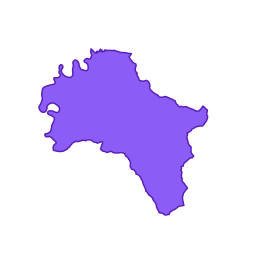 Darlos, Sibiu, Romania, rotated 130°
{"feature_id": "2599482B31956564735352", "entity_name": "Darlos", "entity_type": "district", "adm_level": 2, "iso_a3": "ROU", "parent_name": "Romania", "parent_adm1": "Sibiu", "projection": "orthographic", "projection_center": [24.398, 46.22], "detail": "fine", "context": "isolated", "style": "filled", "palette": "violet", "viewbox_px": 256, "rotation_deg": 130, "n_neighbors": 0, "source": "geoboundaries", "source_scale": "gbopen_adm2", "svg_char_len": 5831}
<svg xmlns="http://www.w3.org/2000/svg" viewBox="0 0 256 256"><g transform="rotate(130 128 128)"><path d="M193.0,170.8L192.5,169.6L190.6,166.2L189.5,164.7L187.6,162.9L185.5,161.8L183.9,161.4L183.3,161.0L182.2,161.2L180.9,160.7L179.8,160.7L178.4,160.9L176.6,160.7L175.4,161.0L174.1,160.5L173.8,160.1L172.0,159.7L171.2,158.3L169.9,157.0L168.7,156.5L167.9,155.6L167.1,155.5L166.7,155.0L166.2,154.4L165.1,153.3L165.0,152.2L164.9,152.1L163.4,151.7L162.8,151.1L161.7,149.7L161.2,148.8L161.0,148.2L160.7,145.2L159.5,142.9L159.3,141.7L155.7,139.7L155.0,138.8L155.9,137.7L158.8,136.9L159.7,136.2L160.5,136.0L161.9,135.2L161.9,132.3L160.9,130.8L160.3,128.5L158.9,127.4L157.6,126.7L156.9,126.1L156.5,125.2L156.3,123.5L155.8,122.5L153.5,119.5L151.0,117.2L150.2,115.7L149.9,114.9L149.8,114.4L150.4,112.7L151.0,111.6L150.8,110.0L150.8,108.8L151.0,108.2L151.6,107.4L151.6,106.5L151.8,105.8L152.2,105.2L152.6,104.2L154.0,103.1L154.6,102.5L156.0,101.7L156.2,101.3L157.1,99.0L157.1,98.4L156.3,96.7L156.7,94.0L158.1,92.1L157.3,90.3L157.3,88.7L157.7,86.9L158.8,84.6L159.2,83.0L159.9,82.1L160.5,81.1L161.1,80.4L163.3,75.7L163.8,75.1L164.2,74.3L164.8,74.0L164.8,72.1L166.0,68.9L165.5,67.2L165.8,66.0L165.8,64.0L166.2,63.4L166.7,63.1L167.2,61.5L167.5,59.6L168.9,56.6L170.0,55.6L170.5,54.8L171.6,52.2L171.7,51.7L172.7,50.0L172.6,49.1L172.3,48.4L171.3,47.6L171.1,47.3L171.0,44.7L170.7,43.4L169.6,42.6L169.1,42.1L167.8,41.0L166.9,41.2L165.6,41.9L163.9,41.1L162.3,41.0L160.2,39.8L155.5,38.7L154.6,38.2L153.7,37.6L152.7,36.4L151.4,35.5L150.8,36.4L149.2,38.1L148.2,39.7L146.1,41.7L142.5,43.5L138.2,44.0L136.6,43.6L136.1,43.7L135.7,44.3L135.4,44.9L135.1,47.1L134.5,48.6L134.0,52.2L133.7,52.9L132.0,53.8L131.8,54.0L131.5,55.1L130.7,56.1L127.0,58.5L126.5,60.3L125.1,60.6L123.9,61.9L123.7,62.3L122.9,62.3L122.4,62.0L122.1,61.3L121.9,61.3L120.5,61.9L118.4,62.5L116.3,61.9L111.6,61.3L111.5,61.1L110.7,60.8L109.5,59.8L107.4,59.6L106.6,62.8L106.2,64.0L103.9,66.0L102.3,67.2L102.1,67.5L101.7,68.4L102.0,69.5L101.7,70.2L100.7,72.2L98.8,75.0L98.1,75.7L97.5,76.9L96.3,77.6L95.0,77.9L93.8,79.5L92.4,78.7L91.1,78.6L89.2,77.9L88.2,78.3L87.4,78.2L85.3,77.2L84.7,77.2L84.1,76.9L83.4,76.8L81.8,75.3L80.4,74.4L78.5,72.3L78.0,72.1L74.0,72.4L73.2,72.3L71.4,72.7L69.7,73.4L68.3,74.2L67.8,74.6L67.3,75.8L66.8,76.7L63.9,78.2L63.2,78.9L63.3,80.4L63.0,83.0L63.2,84.7L64.0,84.7L66.3,84.4L69.0,84.6L70.0,85.1L70.7,85.7L70.8,86.3L71.5,86.5L71.4,87.4L72.0,90.2L72.8,92.1L73.0,93.0L73.5,93.8L73.8,95.6L74.3,97.3L76.2,99.0L76.6,99.6L77.0,100.7L77.7,101.6L78.7,102.4L78.8,102.7L78.8,103.4L78.4,105.0L78.5,106.4L77.6,108.3L76.9,109.2L76.9,109.5L77.4,111.0L77.5,112.5L78.4,114.5L78.4,115.5L79.0,116.9L79.3,118.5L80.1,119.9L81.8,121.0L83.4,122.7L84.4,124.2L83.9,125.1L83.6,126.4L84.2,128.3L84.3,130.2L84.7,132.2L84.3,133.6L84.4,135.2L84.4,135.8L84.1,136.3L83.2,137.3L81.2,138.7L80.3,140.0L80.0,140.9L79.4,141.6L79.5,143.9L79.7,144.5L80.1,144.9L81.6,145.7L82.3,146.4L83.4,148.0L83.6,148.6L84.2,149.6L84.2,149.9L83.8,150.8L83.0,151.8L81.8,154.9L80.8,156.4L80.4,156.1L80.0,156.6L80.2,156.8L79.2,159.7L78.2,160.2L77.1,161.0L75.2,161.8L74.0,163.0L74.6,165.8L74.5,167.9L74.1,168.8L73.7,170.8L72.9,172.8L70.6,172.8L69.0,173.2L69.5,174.2L69.8,174.4L69.8,174.7L70.6,175.5L70.9,176.4L71.7,177.7L72.3,179.0L73.4,180.1L73.6,180.8L74.4,181.4L74.8,182.1L75.0,182.9L75.8,184.3L76.0,185.0L76.3,185.5L76.4,186.1L76.9,187.0L77.3,188.0L77.3,188.4L79.2,190.3L80.6,192.4L82.2,193.9L83.0,194.9L82.6,195.3L83.2,195.9L83.6,195.9L83.9,195.4L84.2,195.3L85.2,196.1L85.9,196.3L85.9,196.7L85.6,196.7L85.5,196.9L85.6,197.2L86.2,197.5L85.2,198.0L85.4,198.3L85.9,198.3L85.4,199.1L85.4,199.6L85.9,199.6L86.3,199.3L86.6,199.7L87.0,199.2L88.1,199.3L88.4,199.7L88.4,200.1L88.5,200.3L89.2,200.2L89.1,200.7L89.3,201.1L89.6,201.1L90.6,200.4L91.1,200.6L91.6,202.6L91.3,204.8L91.1,206.9L91.3,207.1L93.6,205.6L95.2,203.1L96.2,202.2L99.0,201.4L99.7,201.5L100.1,201.8L100.7,203.4L100.9,203.8L101.4,204.3L102.4,204.8L103.4,205.0L104.7,204.9L105.4,203.9L105.2,202.8L105.0,201.9L105.1,200.2L105.6,199.3L106.5,198.0L107.9,196.9L108.8,196.3L110.1,196.3L110.5,196.5L111.0,196.9L111.4,197.5L112.5,200.0L113.0,200.8L113.1,201.7L113.1,202.4L112.7,203.5L112.1,205.0L110.4,206.8L109.3,208.8L109.1,210.2L109.2,210.9L110.1,212.3L110.4,212.6L111.7,212.8L113.0,212.4L113.5,212.1L115.5,209.8L118.2,208.5L120.5,206.6L121.7,205.2L123.0,204.3L124.7,204.1L126.1,204.5L126.8,205.2L127.9,207.0L128.6,209.4L128.8,211.2L128.5,212.3L128.2,214.6L127.3,215.5L126.4,216.2L125.5,216.5L124.0,216.6L123.2,217.0L122.8,217.4L122.3,218.3L122.2,218.9L122.3,219.4L122.7,220.1L123.9,220.5L124.3,220.5L125.5,219.9L126.4,219.2L128.2,217.2L129.3,217.0L130.0,216.4L130.6,214.4L131.0,213.7L131.3,213.5L132.7,213.4L134.2,213.9L135.5,215.1L136.7,216.5L137.6,216.8L138.1,216.4L140.0,212.9L140.7,212.6L141.6,212.7L142.5,213.2L146.3,216.1L148.3,217.3L150.3,218.3L151.7,218.7L152.5,218.6L153.4,218.4L157.5,215.8L158.4,215.1L159.6,213.4L160.7,212.4L161.7,211.8L165.8,210.3L168.6,210.0L169.8,209.1L170.7,207.6L170.9,207.0L171.2,205.0L171.1,204.2L170.3,202.9L169.7,202.3L168.8,201.8L168.1,201.7L166.6,202.0L164.8,202.8L164.2,203.5L163.5,203.9L162.2,204.1L160.2,203.9L157.7,202.3L157.1,201.6L156.5,200.3L156.2,199.0L156.1,196.1L156.1,195.2L156.4,194.1L157.2,192.8L157.9,192.3L159.5,191.6L160.4,191.6L161.6,192.1L161.8,192.2L162.6,193.7L163.4,196.6L164.1,197.8L164.8,198.6L165.9,199.5L166.7,199.7L167.3,199.7L168.2,199.2L168.6,198.5L168.6,197.7L168.5,196.9L167.6,194.1L167.4,192.6L167.6,191.1L168.3,190.2L170.7,189.1L174.8,188.1L178.8,185.7L180.5,185.1L183.8,186.1L184.3,186.3L185.4,187.6L186.1,187.5L187.0,187.0L187.4,186.0L187.4,185.3L187.1,184.7L185.1,182.7L184.9,182.4L184.6,181.2L184.6,179.9L184.9,177.4L184.9,174.8L185.0,174.2L185.2,173.8L185.8,173.4L187.1,173.5L188.6,173.8L190.1,173.4L191.3,172.7L192.1,171.6L193.0,170.8Z" fill="#8b5cf6" stroke="#5b21b6" stroke-width="1.5"/></g></svg>